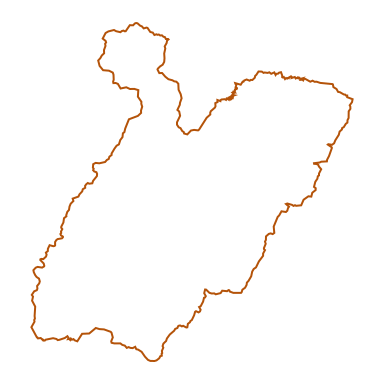 outline of Mae Mo, Lampang, Thailand
{"feature_id": "78962969B1681063104850", "entity_name": "Mae Mo", "entity_type": "district", "adm_level": 2, "iso_a3": "THA", "parent_name": "Thailand", "parent_adm1": "Lampang", "projection": "albers", "projection_center": [99.839, 18.409], "detail": "fine", "context": "isolated", "style": "outline", "palette": "amber", "viewbox_px": 384, "rotation_deg": 0, "n_neighbors": 0, "source": "geoboundaries", "source_scale": "gbopen_adm2", "svg_char_len": 5822}
<svg xmlns="http://www.w3.org/2000/svg" viewBox="0 0 384 384"><path d="M102.7,38.6L105.6,40.9L106.1,42.4L105.1,43.8L105.5,45.9L104.0,50.0L104.1,53.3L101.8,55.5L100.3,58.2L98.2,60.5L99.6,65.9L103.1,70.2L109.0,70.7L112.8,72.6L113.5,74.7L113.7,79.6L113.1,81.8L113.4,83.1L115.7,83.0L117.9,83.9L120.6,88.5L126.3,87.3L130.0,89.0L134.3,88.9L138.3,90.1L137.9,96.7L141.4,101.8L141.3,103.8L142.2,106.7L141.0,110.6L141.1,112.9L137.9,115.9L128.9,119.3L125.2,128.6L124.4,132.1L122.9,133.3L122.5,137.1L120.3,140.0L118.9,144.4L116.6,145.7L114.5,148.6L111.6,153.5L111.6,155.0L109.4,156.7L108.7,159.0L106.9,159.9L105.1,162.0L99.3,163.3L95.6,162.9L93.2,164.2L92.9,167.7L93.7,168.8L93.1,170.2L94.3,171.5L96.4,172.2L97.1,173.9L96.9,176.1L93.1,180.8L92.3,183.3L89.2,183.7L87.8,183.0L86.3,184.2L85.1,185.8L85.2,187.8L82.8,189.2L82.2,191.4L79.5,194.3L78.4,196.6L72.7,198.6L73.4,201.0L70.7,203.7L69.5,206.6L69.0,209.9L67.3,211.9L66.2,215.3L66.4,216.3L64.0,218.2L63.4,222.5L61.3,226.6L61.2,227.7L62.3,229.1L61.0,231.5L61.2,233.0L60.4,234.0L61.0,235.4L62.9,236.6L62.9,237.3L62.0,238.3L57.6,239.1L56.3,240.1L55.1,242.0L55.1,245.5L54.4,246.0L53.3,246.2L49.6,245.2L47.9,248.8L47.8,251.1L45.9,252.6L46.6,254.7L46.0,256.6L43.3,259.1L41.3,258.9L40.4,259.3L40.3,260.0L43.7,263.5L44.3,265.9L44.1,266.4L42.1,267.6L37.6,266.9L35.7,267.7L33.4,270.2L33.8,272.2L35.2,275.1L36.6,277.0L39.0,278.6L39.8,281.4L39.2,283.4L37.1,286.0L37.4,288.7L36.8,290.2L34.2,291.3L31.8,294.9L33.0,296.6L32.1,300.7L35.2,306.6L34.6,316.0L34.9,318.6L34.2,320.0L34.5,321.7L31.4,327.2L36.9,337.4L37.4,337.4L38.0,338.4L40.7,338.0L42.8,340.1L43.0,339.7L44.0,340.6L44.9,340.5L45.6,339.7L53.1,338.2L56.5,339.0L57.7,340.1L59.4,339.8L64.8,338.0L67.4,336.2L68.6,337.9L68.0,339.1L69.2,338.9L70.2,340.0L70.9,338.6L71.9,339.7L73.5,339.1L74.6,340.3L77.3,341.3L82.1,333.8L89.2,333.5L95.8,328.0L99.5,329.1L104.0,329.4L110.7,331.8L111.5,332.7L112.8,337.4L111.2,341.3L111.6,342.8L114.3,343.4L120.4,343.4L122.3,344.9L124.8,345.6L126.8,347.9L128.6,347.1L130.4,347.9L132.7,348.1L135.2,346.8L136.3,349.2L138.1,349.6L141.6,351.8L145.0,356.7L148.0,359.9L150.3,360.9L154.5,361.0L156.5,360.4L159.2,358.3L160.3,356.2L161.8,355.7L161.6,353.8L162.2,353.1L161.9,350.9L163.3,347.7L162.6,346.1L163.4,343.6L166.1,341.0L166.9,338.5L169.8,334.5L174.2,330.7L175.2,328.9L177.4,328.0L178.1,326.2L179.1,325.6L180.3,325.5L181.9,326.4L183.1,325.8L186.3,327.5L187.3,327.3L187.9,323.8L189.9,322.3L190.5,320.9L191.8,320.1L194.1,315.3L195.1,311.8L196.0,311.2L198.6,312.4L200.0,311.4L200.6,309.7L199.1,307.0L200.7,306.2L203.1,301.6L204.0,297.8L205.0,297.5L205.8,296.1L204.2,293.2L205.1,289.5L206.1,289.6L209.4,292.8L211.7,293.5L214.3,293.4L215.7,294.3L220.6,293.1L222.2,290.7L227.1,291.2L228.5,290.1L229.3,290.3L229.9,291.6L233.4,292.9L241.0,292.9L241.6,292.3L242.4,289.7L245.1,287.7L246.6,284.9L246.9,282.6L248.5,280.9L251.2,276.3L252.2,271.6L253.7,269.0L256.0,267.4L258.9,261.4L263.1,255.8L263.1,253.5L265.0,250.1L264.1,249.3L263.9,248.2L265.7,243.8L265.0,241.6L265.9,239.9L266.0,236.4L268.8,233.9L270.7,233.4L272.7,234.1L274.3,232.9L273.7,226.6L277.7,216.9L279.2,215.4L281.5,211.3L285.9,212.0L287.3,210.7L288.0,208.1L289.0,206.7L286.0,204.0L287.3,203.5L292.1,204.9L293.5,205.9L295.0,205.2L296.1,205.8L301.2,205.3L303.6,199.7L308.4,196.3L311.3,196.6L312.3,192.7L315.6,190.1L315.7,188.2L314.0,186.9L315.3,181.8L317.4,178.7L317.8,176.3L319.0,175.4L319.0,173.5L321.2,169.2L318.9,166.5L318.3,164.9L316.6,164.0L314.1,163.8L314.0,163.2L319.6,162.5L321.3,161.7L326.9,161.4L327.1,159.7L329.0,156.1L331.9,147.9L331.6,147.2L327.8,144.6L328.3,144.2L332.0,144.8L334.1,143.3L335.3,140.3L338.8,134.8L339.6,131.6L341.9,129.5L342.1,128.1L343.8,127.1L345.8,123.8L347.4,122.6L347.5,120.2L348.6,118.0L348.7,111.3L350.4,108.8L350.3,106.5L349.7,105.3L352.0,102.2L352.6,99.2L347.2,97.2L347.2,95.5L345.9,95.5L345.2,94.6L343.9,94.5L339.9,92.2L338.1,91.9L336.5,89.0L333.4,87.1L332.9,84.4L332.5,84.1L320.2,82.9L316.6,81.7L314.6,81.8L312.6,80.7L310.3,81.7L305.1,78.8L303.9,79.0L303.2,80.4L302.4,79.7L301.2,79.8L302.6,78.3L300.0,79.0L299.4,77.7L298.2,77.4L298.2,78.3L296.7,77.9L295.7,78.5L294.8,77.0L291.6,78.0L291.8,77.0L291.0,76.3L288.9,77.5L288.8,78.2L287.7,78.0L287.1,78.6L286.1,78.0L285.0,79.1L283.8,77.0L282.8,77.5L282.2,77.2L282.2,75.5L281.0,72.2L279.0,72.7L278.0,73.7L276.4,73.8L275.6,75.0L274.3,72.4L271.2,73.8L269.3,72.3L267.7,72.9L264.6,72.5L263.6,72.9L261.8,71.6L258.5,71.5L256.3,74.9L255.2,75.8L254.8,77.7L252.4,80.0L250.7,79.9L249.7,80.7L246.6,79.5L244.2,80.5L243.5,81.7L242.7,81.6L240.7,84.7L235.2,83.1L235.5,84.0L236.5,84.4L235.6,87.2L236.8,87.8L237.0,88.5L236.6,89.1L235.6,88.7L234.9,89.6L235.0,90.9L233.7,91.4L234.9,92.6L232.6,92.8L233.4,93.7L232.3,94.9L234.4,95.3L231.9,96.2L233.0,96.6L232.7,98.3L231.1,98.2L231.2,99.2L230.6,99.6L229.3,98.8L230.9,97.8L230.8,97.2L228.5,97.6L228.1,98.1L228.4,99.5L226.6,98.5L226.0,99.9L224.7,99.2L221.5,99.5L220.5,100.2L220.4,101.1L217.4,100.0L217.5,102.1L215.3,103.1L215.5,106.3L214.9,107.6L210.8,111.2L210.2,112.8L210.3,114.5L206.7,117.7L199.1,129.6L198.1,130.4L194.1,129.9L191.0,130.5L187.3,134.4L184.1,133.5L183.8,132.1L182.2,131.0L180.5,128.1L178.7,127.3L177.0,124.7L177.0,122.3L180.1,115.8L179.2,111.5L177.4,109.9L179.8,104.8L180.0,102.8L181.6,98.3L180.7,94.2L178.6,89.8L178.3,83.7L176.4,81.7L174.1,81.3L172.5,80.3L168.4,79.2L165.3,76.7L162.1,73.0L159.3,73.1L157.5,69.5L157.8,68.7L160.1,66.4L162.7,64.7L164.2,61.9L164.5,58.3L164.2,53.5L165.3,48.5L164.7,46.4L166.6,43.1L167.1,40.5L168.5,39.4L168.1,39.0L165.9,39.0L164.8,37.0L163.5,36.8L161.9,35.3L160.2,35.5L158.8,34.5L157.4,34.8L156.4,34.3L154.4,35.0L152.8,32.6L150.3,32.0L147.5,27.9L146.5,27.6L143.7,28.4L141.8,26.3L140.2,25.7L137.5,23.3L136.1,23.0L134.8,23.5L133.1,25.3L129.8,25.2L125.7,31.2L124.7,31.3L123.5,30.6L121.9,31.0L120.4,32.2L116.1,31.2L114.0,30.0L108.4,31.4L105.6,33.0L102.7,38.6Z" fill="none" stroke="#b45309" stroke-width="2"/></svg>